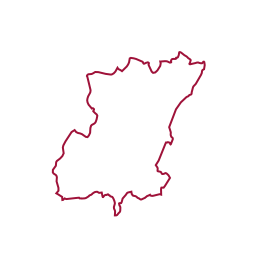 Žilinský, Natural Earth projection, rotated 299°
{"feature_id": "SVK-1053", "entity_name": "Žilinský", "entity_type": "Region", "adm_level": 1, "iso_a3": "SVK", "parent_name": "Slovakia", "parent_adm1": "", "projection": "natural_earth1", "projection_center": [19.144, 49.173], "detail": "fine", "context": "isolated", "style": "outline", "palette": "rose", "viewbox_px": 256, "rotation_deg": 299, "n_neighbors": 0, "source": "natural_earth", "source_scale": "10m", "svg_char_len": 4720}
<svg xmlns="http://www.w3.org/2000/svg" viewBox="0 0 256 256"><g transform="rotate(299 128 128)"><path d="M154.2,66.7L154.8,66.9L155.7,67.2L157.6,70.0L158.5,70.7L161.1,72.2L162.5,75.0L164.5,82.2L166.3,86.8L166.9,87.8L168.8,89.0L171.2,89.6L175.6,89.6L175.1,90.5L174.9,91.3L175.0,93.5L174.8,95.2L181.2,97.1L183.6,97.3L185.9,97.1L189.7,95.8L190.7,96.5L191.7,99.2L192.3,101.6L193.0,108.5L192.8,109.1L192.0,110.1L191.9,110.7L192.3,111.2L193.8,112.2L194.0,112.5L194.9,113.3L195.1,113.9L194.9,114.8L194.2,115.1L193.5,115.2L193.0,115.6L188.8,121.4L188.4,123.2L189.8,124.9L192.6,125.8L197.8,126.1L200.3,125.3L201.8,124.0L202.0,124.4L204.3,127.8L204.9,128.9L205.3,130.2L205.4,132.0L205.5,132.9L206.1,133.7L206.4,133.9L206.7,133.8L206.9,133.6L207.3,133.2L207.8,133.0L208.6,132.9L209.3,133.0L209.9,133.5L210.5,134.3L211.2,135.7L211.6,136.2L212.0,136.4L212.3,136.1L212.6,136.0L212.9,136.1L213.2,136.7L213.6,137.1L214.0,137.3L214.4,137.3L216.6,137.0L218.1,136.4L218.7,136.2L219.3,136.2L219.6,136.8L219.7,137.9L219.0,142.1L219.0,143.7L218.9,144.9L218.3,146.9L218.2,148.7L218.0,149.6L217.6,150.0L216.9,150.1L215.6,150.5L215.0,150.6L214.2,150.5L213.9,150.6L213.7,150.9L213.9,151.5L217.7,155.7L218.4,156.3L218.9,156.9L219.3,157.6L219.5,158.8L219.9,160.2L220.2,160.8L220.4,161.2L220.7,161.5L221.3,161.6L222.5,161.8L222.8,162.2L222.6,162.8L221.3,163.8L220.2,164.6L216.3,166.0L214.9,165.1L214.4,165.1L213.8,165.1L211.8,165.9L210.5,166.0L210.2,166.1L199.4,165.9L196.3,165.1L195.2,165.1L190.1,166.4L188.8,167.0L188.3,167.0L187.9,166.9L187.3,166.4L187.0,166.1L186.7,165.8L186.3,165.6L185.2,165.4L184.8,165.2L184.1,164.6L183.3,164.1L176.1,161.8L167.6,160.9L148.7,163.6L145.0,167.5L142.6,168.7L141.4,170.0L141.2,170.5L141.1,171.4L141.0,171.7L140.8,172.0L140.6,172.2L140.0,172.6L139.4,172.7L134.8,173.3L134.5,173.3L134.3,173.2L134.5,172.6L134.8,172.4L135.2,172.3L135.3,172.3L135.4,171.9L135.3,171.4L135.1,170.3L134.9,169.7L134.6,169.4L134.3,169.3L134.1,169.1L133.9,168.6L133.8,168.3L132.9,168.3L114.3,170.6L109.0,170.3L107.7,172.9L107.4,173.2L106.8,173.7L105.0,174.5L104.7,174.8L104.7,175.3L105.3,177.1L105.4,177.9L105.3,178.5L104.9,179.0L104.6,179.4L104.4,179.8L104.5,180.5L105.2,181.5L106.7,182.6L106.8,182.8L106.9,183.3L106.9,184.0L106.5,185.6L106.2,186.5L104.7,188.9L95.1,188.4L93.2,188.1L93.2,187.9L92.9,187.5L92.7,187.3L92.6,187.1L92.4,186.9L92.3,186.6L92.2,186.3L92.0,186.1L90.6,186.5L85.8,189.3L85.5,187.9L85.2,187.5L81.4,183.4L80.6,182.5L80.2,181.7L79.9,180.7L79.8,180.3L79.9,179.9L80.2,179.6L79.8,179.3L79.2,178.9L77.4,177.5L76.9,177.4L76.6,177.3L76.2,177.1L75.9,176.9L75.4,176.8L75.1,176.7L74.9,176.5L72.3,174.6L71.8,174.1L71.6,173.6L71.6,172.8L71.7,171.9L71.8,171.5L71.7,171.2L71.6,170.5L71.6,170.1L71.7,169.7L72.0,168.9L72.0,168.3L72.0,167.6L71.3,165.4L71.3,164.9L71.4,164.5L71.8,164.2L71.9,163.8L72.0,163.5L72.1,163.3L72.2,163.1L72.3,163.0L72.6,162.9L72.8,162.7L73.1,162.5L73.3,162.2L73.9,161.8L71.6,159.3L71.2,159.0L70.6,158.7L68.4,158.5L63.7,157.5L60.1,158.4L59.0,158.4L58.8,158.1L58.1,157.0L57.9,156.8L57.6,156.8L56.1,158.1L56.0,158.3L55.9,158.5L55.8,158.8L55.4,159.3L54.7,159.9L51.7,161.4L50.8,161.5L50.4,161.5L48.8,161.0L46.8,160.7L45.9,160.1L45.2,158.9L48.5,157.3L49.0,157.0L49.6,156.4L50.7,154.9L51.4,154.4L52.0,154.0L55.4,153.2L56.5,152.5L57.8,151.2L59.2,149.4L59.8,148.4L60.1,147.6L59.7,145.7L59.8,145.4L59.9,145.1L60.1,144.7L60.1,144.3L60.0,144.1L60.0,143.9L60.0,143.7L60.2,143.1L60.3,142.8L60.2,142.6L60.1,142.4L59.9,142.2L59.7,142.1L59.3,141.9L59.1,141.8L59.0,141.6L58.7,141.0L58.5,140.7L58.2,140.5L58.0,140.3L57.8,140.2L56.2,139.8L55.7,139.8L55.5,139.7L55.4,139.4L55.8,138.9L58.8,136.3L57.5,134.5L57.3,134.2L57.2,133.6L57.3,133.1L57.3,132.0L56.9,131.3L56.0,130.2L55.5,129.8L53.4,128.7L52.7,128.6L52.3,128.4L51.8,128.2L50.5,127.1L50.1,126.9L49.8,126.8L49.5,126.8L49.3,126.8L46.6,125.3L46.0,124.8L45.4,124.1L44.0,121.9L43.8,121.6L43.8,121.2L43.6,120.9L43.1,120.0L43.0,119.8L43.0,119.6L43.2,119.2L43.3,119.0L43.1,118.7L42.8,118.2L36.0,108.6L35.9,108.3L35.8,108.0L35.8,107.8L35.7,106.7L33.7,106.1L33.2,105.5L35.8,103.8L36.1,98.7L36.1,97.0L39.4,97.6L41.9,96.2L46.7,91.4L50.4,89.7L51.3,88.9L51.9,87.7L52.1,85.0L52.7,83.8L55.0,82.6L60.0,83.2L63.2,81.8L63.9,81.7L64.7,81.8L68.4,83.4L71.6,84.2L74.7,84.0L79.3,80.5L81.4,79.9L86.0,79.8L97.1,80.6L100.3,82.3L99.3,84.7L99.4,86.7L100.0,88.6L100.3,90.7L99.8,95.4L100.4,97.0L102.6,97.4L105.4,97.2L109.8,95.1L112.2,94.6L113.2,94.9L115.4,96.3L116.5,96.7L117.7,96.8L120.5,96.3L123.9,95.2L124.7,94.0L125.0,92.3L125.8,89.5L126.1,89.4L127.5,89.4L128.0,89.1L128.3,88.1L128.1,87.4L127.7,87.0L127.5,86.9L129.3,82.2L130.8,80.2L132.4,78.9L134.3,78.2L136.4,77.8L139.9,77.8L141.0,77.7L142.6,77.1L143.4,76.5L153.1,67.6L153.5,66.9L154.2,66.7Z" fill="none" stroke="#9f1239" stroke-width="2"/></g></svg>